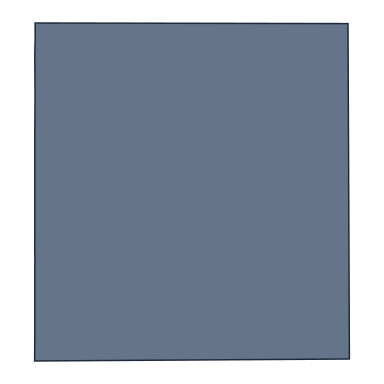 Morton, Kansas, United States of America
{"feature_id": "52423323B48743122648364", "entity_name": "Morton", "entity_type": "district", "adm_level": 2, "iso_a3": "USA", "parent_name": "United States of America", "parent_adm1": "Kansas", "projection": "equal_earth", "projection_center": [-101.947, 37.191], "detail": "fine", "context": "isolated", "style": "filled", "palette": "slate", "viewbox_px": 384, "rotation_deg": 0, "n_neighbors": 0, "source": "geoboundaries", "source_scale": "gbopen_adm2", "svg_char_len": 396}
<svg xmlns="http://www.w3.org/2000/svg" viewBox="0 0 384 384"><path d="M348.0,23.6L35.1,23.0L35.2,35.1L34.8,54.0L35.0,91.0L35.0,101.0L34.8,134.7L34.8,234.0L34.7,248.3L34.9,259.4L34.8,264.1L34.8,325.1L34.9,325.7L34.8,327.6L34.8,328.7L34.8,333.9L34.6,361.0L43.6,360.9L61.6,360.8L125.0,360.4L319.5,359.2L320.3,359.2L349.4,359.0L348.0,23.6Z" fill="#64748b" stroke="#1e293b" stroke-width="1.5"/></svg>